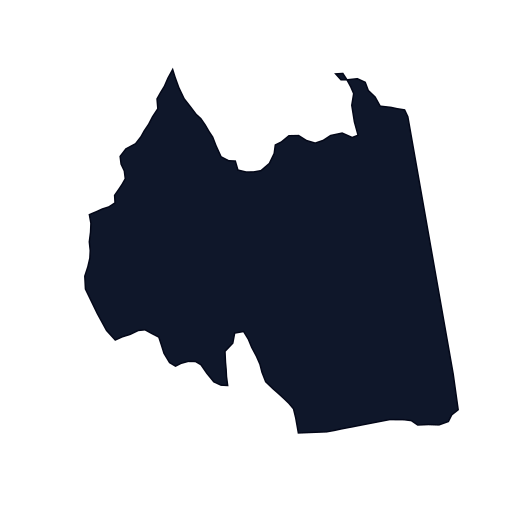 Ibiraçu, Espírito Santo, Brazil (Robinson projection), rotated 350°
{"feature_id": "56859067B2764192939297", "entity_name": "Ibiraçu", "entity_type": "district", "adm_level": 2, "iso_a3": "BRA", "parent_name": "Brazil", "parent_adm1": "Espírito Santo", "projection": "robinson", "projection_center": [-40.429, -19.829], "detail": "fine", "context": "isolated", "style": "filled", "palette": "ink", "viewbox_px": 512, "rotation_deg": 350, "n_neighbors": 0, "source": "geoboundaries", "source_scale": "gbopen_adm2", "svg_char_len": 1908}
<svg xmlns="http://www.w3.org/2000/svg" viewBox="0 0 512 512"><g transform="rotate(350 256 256)"><path d="M427.7,137.9L420.4,135.4L414.8,133.1L404.3,130.0L400.9,120.1L395.3,112.5L393.7,103.9L386.6,99.0L376.2,98.3L378.7,105.8L380.4,113.0L376.5,124.2L376.2,141.0L377.5,154.8L371.3,156.0L362.2,149.9L350.4,150.3L342.3,153.8L333.9,155.1L325.7,151.0L318.9,144.8L309.3,143.3L300.8,148.1L294.3,150.0L291.7,158.2L285.2,167.2L275.7,172.8L268.3,172.8L260.9,171.6L253.1,168.2L252.1,158.9L245.5,157.4L238.8,152.2L235.7,140.2L234.0,131.4L231.3,125.2L228.7,118.1L225.5,111.1L221.6,106.1L217.7,98.4L212.5,88.6L209.2,76.7L207.3,65.7L206.3,57.9L200.2,65.5L195.3,72.9L190.3,78.6L185.8,84.1L184.9,93.9L178.3,100.9L173.2,107.6L167.7,113.3L163.5,118.5L156.9,124.5L146.5,127.9L139.5,134.3L139.1,142.1L141.1,149.3L140.7,157.2L136.5,162.3L132.2,166.8L127.3,171.7L126.4,179.2L119.6,182.1L112.8,183.0L106.3,184.7L99.1,186.3L99.1,195.2L97.2,203.8L94.3,213.1L93.7,221.9L92.0,229.3L88.5,237.5L83.9,246.1L82.3,258.9L89.7,285.0L95.9,303.4L102.8,314.3L110.2,312.4L118.6,311.3L127.1,308.9L133.9,309.4L139.5,313.9L146.2,319.0L147.4,327.3L148.5,335.9L152.4,346.0L157.6,350.5L163.5,348.7L170.8,348.0L178.1,349.4L182.9,353.5L187.2,362.9L192.6,372.6L199.1,377.1L205.6,378.6L206.0,369.6L206.9,362.4L207.5,355.3L208.9,344.5L218.0,337.8L221.6,328.2L230.7,328.2L234.0,336.6L235.9,345.2L239.0,354.7L241.1,363.3L241.7,371.5L243.7,381.5L249.8,389.8L254.3,395.4L258.3,400.6L262.7,406.6L266.4,413.0L267.0,422.3L267.0,429.5L267.0,437.6L295.0,441.4L302.8,441.4L309.9,441.1L359.2,440.3L373.3,442.9L380.4,445.1L385.9,450.5L396.5,451.9L406.9,454.1L416.7,452.4L421.2,446.4L428.4,442.5L429.7,406.6L429.7,387.9L429.7,362.6L429.7,346.0L429.7,335.2L429.7,312.0L429.7,268.5L429.7,245.6L429.7,236.0L429.7,223.2L429.7,194.0L429.7,145.2L427.7,137.9ZM376.2,98.3L373.2,91.3L366.1,90.5L370.3,97.2L376.2,98.3Z" fill="#0f172a" stroke="#020617" stroke-width="1.5"/></g></svg>